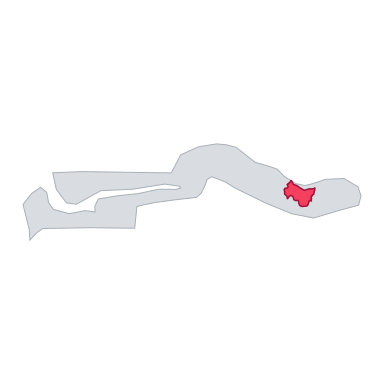 Sandu, Upper River, Gambia shown in context
{"feature_id": "56634734B93657392024497", "entity_name": "Sandu", "entity_type": "district", "adm_level": 2, "iso_a3": "GMB", "parent_name": "Gambia", "parent_adm1": "Upper River", "projection": "robinson", "projection_center": [-14.362, 13.426], "detail": "fine", "context": "in_parent", "style": "filled", "palette": "rose", "viewbox_px": 384, "rotation_deg": 0, "n_neighbors": 0, "source": "geoboundaries", "source_scale": "gbopen_adm2", "svg_char_len": 4359}
<svg xmlns="http://www.w3.org/2000/svg" viewBox="0 0 384 384"><path d="M52.7,172.8L81.3,171.6L115.9,172.1L153.6,172.7L171.3,172.9L180.7,154.8L198.4,146.8L216.5,143.9L226.0,144.7L236.0,147.3L255.1,162.3L267.0,165.7L277.1,169.1L284.3,176.4L295.7,183.6L304.7,185.5L310.1,184.4L319.0,181.6L324.9,179.4L344.0,178.5L358.0,186.8L361.0,195.9L358.6,205.2L339.8,210.2L313.6,218.0L292.0,213.8L265.7,203.1L250.3,195.5L243.9,192.4L234.3,187.6L226.0,182.3L217.9,178.9L211.7,176.8L207.1,179.5L204.8,186.0L201.2,193.2L196.5,197.4L174.4,199.9L154.6,202.6L144.0,204.8L136.9,206.5L134.7,228.2L112.2,228.0L90.2,227.7L67.4,228.1L42.8,228.5L36.5,233.0L29.9,240.1L29.2,229.3L23.0,204.5L31.5,193.6L40.6,187.3L46.7,192.4L48.6,202.5L53.3,209.4L69.4,213.7L85.4,210.6L95.1,212.0L94.8,206.4L98.2,199.0L117.5,195.8L138.1,193.6L159.1,189.2L175.6,189.4L180.6,188.1L179.4,186.2L164.5,184.1L132.9,189.2L100.8,190.7L76.4,204.2L66.4,202.9L56.3,189.4L52.7,172.8Z" fill="#d9dde1" stroke="#a8b0b8" stroke-width="1"/><path d="M314.6,187.9L314.4,188.2L314.3,188.5L314.0,188.8L313.7,188.8L313.6,188.7L313.4,188.8L313.2,188.8L312.7,188.8L312.3,188.9L311.5,188.8L310.8,188.9L310.5,188.9L310.0,188.9L309.7,188.8L308.9,188.9L308.6,189.0L308.3,189.2L307.3,189.4L306.8,189.6L306.2,189.7L305.7,189.9L305.3,190.1L304.7,190.1L304.6,190.3L304.2,190.3L303.8,190.1L303.2,189.7L302.8,189.5L302.4,189.3L302.1,189.0L301.8,188.7L301.5,188.6L301.4,188.6L300.9,188.4L300.6,188.2L300.1,187.9L299.5,187.4L299.1,187.2L298.4,186.7L298.2,186.5L297.8,186.3L297.7,186.2L296.9,185.6L296.5,185.5L296.4,185.4L296.2,185.4L295.9,185.2L295.5,185.1L294.5,184.8L293.6,184.4L293.3,184.1L293.2,184.0L293.0,183.6L292.2,182.2L291.7,181.3L291.3,180.6L291.2,180.6L290.9,180.6L290.7,180.8L290.7,181.0L290.6,181.4L290.6,181.6L290.4,181.7L290.2,181.9L289.9,182.1L289.7,182.4L289.6,182.5L289.5,182.8L289.3,183.0L289.1,183.0L288.9,183.0L288.6,183.2L288.5,183.3L288.5,183.5L288.4,183.8L288.2,184.1L287.6,184.3L287.5,184.2L287.4,184.3L287.2,184.4L287.1,184.5L287.2,184.8L287.3,184.9L287.4,185.0L287.5,185.2L287.5,185.3L287.7,185.8L287.8,186.0L287.9,186.4L288.0,186.5L288.0,186.8L288.0,187.0L287.9,187.3L287.8,187.5L287.7,187.6L287.5,187.8L287.3,187.8L287.1,187.9L286.8,188.0L286.7,188.1L286.3,188.2L286.0,188.2L285.5,188.2L285.3,188.2L285.1,188.2L284.8,188.5L284.5,189.3L284.3,189.4L284.2,189.4L284.1,189.2L284.1,189.3L284.1,189.9L284.2,190.0L284.4,190.6L284.4,190.8L284.6,191.3L284.6,192.2L284.6,192.3L284.6,192.7L284.6,193.1L284.6,193.8L284.7,194.1L284.8,194.3L285.0,194.5L285.8,195.2L285.9,195.3L286.1,195.4L286.3,195.6L286.6,196.0L286.9,196.5L287.0,196.9L287.1,197.2L287.2,198.0L287.3,198.1L287.3,198.5L287.5,198.6L287.9,198.3L288.7,197.2L288.8,197.0L290.0,195.8L290.3,195.6L290.5,195.5L290.8,195.5L291.2,195.6L291.5,195.8L291.8,195.9L292.1,196.1L292.6,196.5L292.9,196.8L293.0,196.9L293.2,197.2L293.4,197.5L293.4,197.8L293.5,198.1L293.5,198.5L293.5,198.8L293.6,199.0L293.7,199.3L293.9,199.6L294.0,199.7L294.2,199.9L294.5,200.1L294.9,200.3L295.4,200.5L295.5,200.5L295.8,200.6L296.0,200.6L296.4,200.6L296.6,200.5L297.4,200.4L297.5,200.4L297.9,200.4L298.1,200.5L298.3,200.7L298.4,201.1L298.5,201.5L298.6,201.9L298.6,202.4L298.7,202.7L298.8,203.4L298.9,203.5L299.0,203.8L299.2,204.2L299.2,204.4L299.4,204.8L299.5,205.2L299.8,205.5L300.3,205.8L300.8,206.1L301.4,206.3L302.1,206.5L302.3,206.5L303.4,206.3L305.6,206.2L306.9,205.9L307.1,205.9L307.5,205.6L307.8,205.0L308.2,204.0L308.3,203.5L308.5,203.1L308.8,202.4L308.9,201.7L308.9,201.3L309.0,201.1L309.4,200.9L309.6,200.9L309.6,200.7L309.9,200.7L310.1,200.6L310.3,200.6L310.5,200.6L310.8,200.7L310.7,200.5L310.7,200.4L310.8,200.3L310.9,200.2L311.0,200.2L311.0,200.3L311.3,200.3L311.4,200.0L311.4,199.9L311.3,199.7L311.3,199.4L311.2,199.2L311.2,198.8L311.2,198.7L311.3,198.6L311.3,198.4L311.2,198.4L311.2,198.1L311.3,198.1L311.2,197.9L311.2,197.7L311.2,197.4L311.1,197.2L311.0,196.9L311.1,196.7L311.3,196.6L311.5,196.5L311.8,196.4L311.9,196.2L311.8,195.9L312.0,195.8L312.0,195.7L312.3,195.5L312.4,195.3L312.4,195.2L312.5,195.0L312.5,194.9L312.9,194.8L313.0,194.8L313.1,194.7L313.3,194.5L313.5,194.4L313.7,194.2L313.8,194.0L313.8,193.4L313.9,193.1L314.1,192.8L314.1,192.7L314.1,192.4L314.1,192.0L314.2,191.7L314.2,191.3L314.5,190.9L314.6,190.6L314.7,190.1L314.7,189.7L314.7,189.3L314.8,189.1L314.9,188.8L314.9,188.7L314.7,187.9L314.6,187.9Z" fill="#f43f5e" stroke="#9f1239" stroke-width="1.5"/></svg>